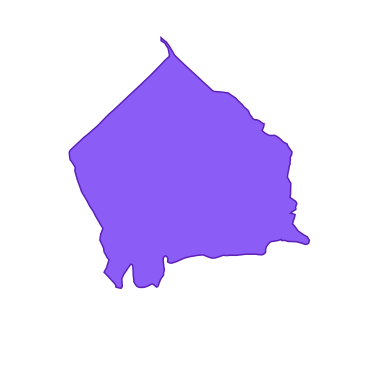 outline of Baladruz, Diyala, Iraq, rotated 119°
{"feature_id": "34846034B64184275342457", "entity_name": "Baladruz", "entity_type": "district", "adm_level": 2, "iso_a3": "IRQ", "parent_name": "Iraq", "parent_adm1": "Diyala", "projection": "mercator", "projection_center": [45.392, 33.561], "detail": "fine", "context": "isolated", "style": "filled", "palette": "violet", "viewbox_px": 384, "rotation_deg": 119, "n_neighbors": 0, "source": "geoboundaries", "source_scale": "gbopen_adm2", "svg_char_len": 3444}
<svg xmlns="http://www.w3.org/2000/svg" viewBox="0 0 384 384"><g transform="rotate(119 192 192)"><path d="M72.0,293.9L73.2,293.2L74.7,292.4L74.9,289.2L75.2,287.3L76.6,285.4L77.6,283.1L78.4,282.2L80.8,280.1L82.8,278.4L84.1,277.8L84.4,277.6L89.1,279.2L99.0,281.8L109.7,284.8L126.2,289.9L134.7,292.7L152.3,298.3L158.5,300.3L164.5,302.5L180.2,306.8L190.1,310.4L193.1,311.5L197.0,313.2L197.3,313.2L214.4,318.7L216.6,318.7L220.5,316.2L223.0,314.1L223.3,313.1L225.0,309.7L227.2,305.9L229.9,305.0L231.3,303.8L231.6,303.4L235.9,299.2L238.5,296.4L241.9,292.4L245.1,288.9L246.8,286.2L249.4,281.5L254.4,273.8L256.7,269.2L260.0,264.3L265.1,255.7L267.0,252.3L271.3,251.6L273.1,251.5L274.5,250.9L276.3,250.2L278.8,249.2L281.4,245.5L283.9,242.1L286.3,240.4L287.3,239.5L288.9,236.7L290.2,234.9L291.7,231.6L296.7,230.7L299.3,230.0L304.8,230.0L306.1,225.6L309.8,214.7L310.8,213.3L312.0,212.6L311.4,209.7L310.5,207.3L308.5,207.1L306.8,208.2L303.9,210.1L301.5,211.5L297.1,211.7L291.7,211.3L286.7,210.8L284.7,210.5L284.7,208.7L286.0,207.5L289.1,205.5L293.0,203.2L296.7,200.6L298.8,199.2L300.2,196.9L301.1,194.8L301.1,192.1L299.9,189.8L298.5,187.5L295.5,184.9L291.7,182.4L291.6,181.2L292.1,178.2L292.4,177.0L291.3,176.1L288.6,176.4L284.8,177.0L282.0,177.0L278.5,176.6L276.4,177.7L273.5,178.4L271.4,180.1L266.3,183.7L263.8,185.1L261.7,184.9L260.7,184.2L260.7,183.3L261.0,182.1L261.9,180.8L263.4,180.1L265.0,179.4L265.0,178.4L264.8,176.8L263.8,175.0L260.6,172.0L258.5,170.4L255.3,168.0L252.3,165.5L250.0,163.0L247.2,159.5L244.6,156.3L242.6,153.3L241.5,151.4L241.4,150.3L241.3,149.6L241.0,146.8L240.6,144.3L239.9,142.0L238.2,139.5L236.5,137.9L234.0,135.6L232.1,133.9L231.6,132.6L230.9,131.0L229.3,128.7L227.7,125.9L226.0,122.7L224.0,119.9L220.3,114.8L215.6,106.3L214.3,102.9L213.0,100.4L211.8,99.2L209.7,98.5L208.9,98.5L207.2,99.4L204.7,100.4L203.3,100.4L200.6,100.1L198.3,99.5L197.0,98.7L195.5,96.7L194.0,94.8L192.7,93.2L190.2,91.0L190.3,90.5L190.7,90.3L190.9,90.2L190.5,89.0L189.9,88.3L189.2,86.9L188.7,84.1L187.9,82.5L187.1,81.0L186.0,78.8L184.9,76.6L184.3,74.2L183.6,71.7L183.2,69.1L182.9,67.4L182.1,66.4L180.7,65.3L179.3,65.3L177.5,65.9L177.4,65.9L177.2,66.1L176.3,67.8L175.3,69.2L175.3,73.0L174.7,80.0L173.9,81.8L172.0,85.9L171.2,88.5L170.7,88.7L167.9,89.5L166.0,89.7L163.5,90.3L161.8,90.8L162.1,93.5L162.7,95.6L161.2,95.1L157.5,93.0L156.6,92.8L155.3,94.0L154.7,94.1L153.5,94.4L151.3,94.7L150.9,95.1L150.2,96.3L149.7,97.7L149.7,99.4L149.4,101.2L149.2,103.7L146.4,104.6L142.7,106.6L138.5,108.7L136.3,110.0L135.2,112.1L133.6,114.3L133.2,115.5L131.0,116.5L128.4,117.4L124.1,118.7L122.4,119.5L121.2,119.5L119.8,119.9L117.6,121.1L115.3,122.0L114.3,122.9L111.1,122.9L110.0,123.4L108.4,124.0L107.8,125.5L106.9,127.3L105.8,129.6L105.1,130.7L103.9,132.0L103.9,133.0L103.9,134.3L104.0,135.7L103.8,137.3L103.1,139.3L102.6,141.8L102.3,144.3L102.3,145.8L102.3,147.0L103.2,148.6L104.0,149.9L105.1,152.0L105.1,153.6L105.1,156.7L104.4,160.4L102.6,160.7L100.9,160.8L98.8,161.4L97.4,162.0L97.6,163.2L97.6,164.9L97.2,166.7L97.2,168.7L97.4,170.1L98.4,172.4L98.4,173.3L98.2,174.9L97.3,176.2L96.8,177.6L96.1,179.0L95.1,180.4L94.4,181.1L93.5,182.6L92.4,187.7L91.3,190.3L90.6,193.1L89.5,196.9L88.6,199.6L88.3,204.0L88.1,206.2L87.8,208.4L89.2,211.8L90.2,214.5L92.4,219.4L93.5,221.9L93.3,223.7L91.4,231.3L90.4,235.7L88.0,245.1L86.8,250.1L84.7,258.9L82.7,266.6L80.8,273.5L79.2,276.1L75.5,282.4L73.2,287.3L72.9,289.9L72.0,293.9Z" fill="#8b5cf6" stroke="#5b21b6" stroke-width="1.5"/></g></svg>